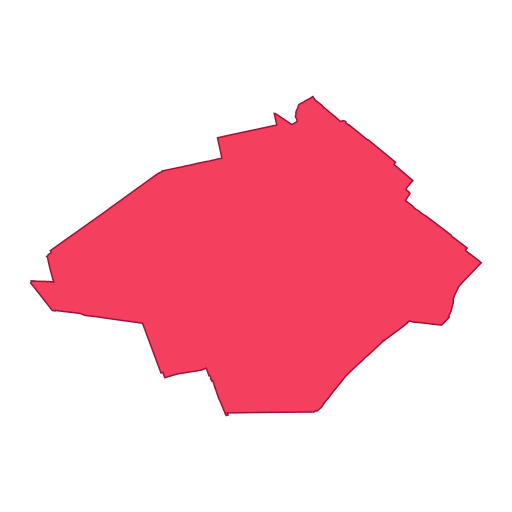 outline of Zoetermeer, Zuid-Holland, Netherlands
{"feature_id": "6326949B3936656159813", "entity_name": "Zoetermeer", "entity_type": "district", "adm_level": 2, "iso_a3": "NLD", "parent_name": "Netherlands", "parent_adm1": "Zuid-Holland", "projection": "orthographic", "projection_center": [4.49, 52.062], "detail": "fine", "context": "isolated", "style": "filled", "palette": "rose", "viewbox_px": 512, "rotation_deg": 0, "n_neighbors": 0, "source": "geoboundaries", "source_scale": "gbopen_adm2", "svg_char_len": 5759}
<svg xmlns="http://www.w3.org/2000/svg" viewBox="0 0 512 512"><path d="M395.5,162.3L390.7,158.3L384.7,153.3L379.9,149.4L371.0,142.1L369.9,141.2L368.7,140.2L368.2,139.8L367.7,139.8L366.0,138.7L364.3,137.3L359.3,133.2L358.5,132.5L351.0,126.5L349.2,125.1L349.0,124.9L348.9,125.0L348.7,125.1L345.8,122.8L345.9,121.9L345.3,121.4L343.9,120.7L343.6,120.7L343.1,120.9L342.7,120.8L340.3,121.4L337.8,119.1L335.1,116.7L334.3,116.1L330.8,113.3L328.0,110.8L326.2,109.4L325.6,108.8L325.3,108.6L324.6,108.1L324.2,107.9L324.0,107.7L323.3,107.1L322.9,106.5L322.4,105.9L322.1,105.6L322.0,105.4L321.8,105.3L320.9,104.5L318.5,102.6L317.6,101.9L316.1,100.8L315.7,100.5L315.2,100.0L314.7,99.4L314.5,99.2L314.3,98.8L313.4,97.4L312.9,96.5L310.0,98.4L309.8,98.5L309.5,98.7L309.0,99.0L308.1,99.4L307.5,99.7L306.5,100.2L306.0,100.4L305.5,100.7L304.6,101.3L304.1,101.7L303.4,102.2L303.0,102.4L302.8,102.5L302.0,102.9L301.6,103.0L301.2,103.2L300.8,103.4L300.5,103.6L300.1,103.8L298.9,104.7L298.8,104.8L298.7,104.9L298.6,105.1L298.4,105.6L298.2,106.3L298.0,107.2L297.9,107.5L297.9,107.9L297.8,108.1L297.6,108.5L296.8,109.8L296.7,110.0L296.6,110.3L296.3,110.9L296.1,111.5L296.1,111.8L296.0,112.1L295.9,112.9L295.9,113.2L295.9,114.0L295.9,114.3L295.9,114.6L295.8,114.9L295.6,115.5L295.4,116.3L295.4,116.5L295.5,116.9L295.6,117.1L296.1,118.0L296.4,118.5L297.0,119.7L297.0,119.8L297.1,120.0L297.1,120.4L297.0,120.6L296.8,121.4L296.8,121.6L296.6,121.7L296.5,121.9L296.4,122.0L296.2,122.1L294.5,123.1L291.9,124.6L284.2,119.4L283.6,119.0L283.2,118.7L279.8,116.5L276.3,114.2L275.9,113.9L275.2,113.5L275.0,113.4L274.7,113.4L274.2,113.4L274.3,113.7L276.8,125.0L253.1,130.1L232.8,134.4L217.5,137.8L218.0,140.1L220.3,150.5L220.8,153.2L221.9,158.2L220.9,158.4L219.3,158.7L218.5,158.9L217.3,159.1L216.9,159.2L215.6,159.6L215.1,159.7L214.2,160.0L213.9,160.0L213.5,160.1L213.1,160.2L212.2,160.3L211.0,160.6L209.8,161.0L208.8,161.2L208.5,161.3L208.2,161.3L207.1,161.4L206.8,161.4L205.5,161.7L204.9,161.8L204.3,162.0L203.5,162.1L203.3,162.1L202.8,162.3L201.9,162.5L200.9,162.7L199.6,162.9L197.9,163.3L197.4,163.3L196.0,163.7L195.3,163.9L194.8,164.0L193.4,164.3L191.3,164.8L190.8,164.9L190.4,165.0L189.9,165.2L189.6,165.2L188.1,165.5L186.4,165.8L182.9,166.6L179.7,167.4L178.7,167.5L177.7,167.8L177.3,167.8L177.0,167.9L175.8,168.1L173.3,168.7L172.8,168.8L171.6,169.0L162.1,171.0L162.2,171.7L160.8,172.2L158.0,173.5L148.8,180.1L125.2,197.1L116.4,203.5L112.2,206.5L109.3,208.6L108.6,209.2L104.6,212.1L103.5,212.9L102.5,213.6L92.8,220.5L87.7,224.1L85.0,226.0L83.5,227.1L73.9,233.9L65.1,240.1L50.3,250.7L51.0,251.9L51.2,252.8L48.3,254.5L48.2,254.8L48.1,255.0L48.0,255.3L47.9,255.5L47.7,255.8L47.5,256.0L47.3,256.2L47.1,256.3L46.8,256.4L46.9,256.5L47.1,256.7L47.1,256.8L47.5,257.6L48.4,261.6L49.2,265.3L49.9,268.3L52.4,277.4L53.2,280.3L53.7,282.1L53.2,282.0L50.3,281.7L48.0,281.4L47.8,281.5L47.4,281.9L46.3,281.4L33.1,281.2L33.5,280.9L31.2,280.8L31.2,282.7L30.7,283.0L41.7,296.9L44.7,300.8L52.3,310.5L55.3,310.9L55.4,310.5L58.7,310.9L58.8,310.8L62.3,311.3L62.6,311.0L62.8,311.1L63.3,311.5L64.7,311.6L66.5,311.8L67.5,311.9L70.8,312.3L71.7,312.4L74.0,312.7L80.4,313.5L84.1,315.1L84.8,315.3L85.6,315.5L95.7,316.6L102.9,317.7L116.9,319.7L142.5,323.2L161.0,373.0L162.8,372.3L164.8,377.7L177.7,373.9L200.9,370.2L206.3,368.2L209.0,375.8L210.1,375.6L210.5,376.9L211.0,378.5L211.0,378.9L210.7,379.0L211.0,379.6L211.4,379.5L211.8,380.6L211.9,381.1L212.8,380.8L213.5,382.8L213.6,383.3L213.8,383.7L213.9,384.1L215.0,387.8L215.1,387.7L215.6,389.3L215.9,390.0L216.2,391.0L216.6,392.4L217.6,395.1L218.2,396.8L218.4,397.5L220.3,401.7L220.7,402.6L221.4,404.2L222.4,406.7L222.9,407.8L223.7,410.1L224.4,411.4L225.4,413.4L225.1,413.6L226.2,415.5L228.2,414.9L227.3,412.9L245.3,412.7L250.7,412.6L267.6,412.4L288.7,412.2L313.7,412.0L313.8,412.1L316.0,410.5L317.0,411.1L317.6,410.5L320.8,407.9L321.0,407.8L321.2,407.5L321.4,407.3L321.5,407.2L322.7,405.4L324.1,403.3L325.3,401.7L325.8,401.1L326.0,400.7L326.4,400.4L327.3,399.3L328.1,398.5L328.6,397.9L329.3,396.9L333.5,391.3L334.3,390.3L335.7,388.6L337.3,386.7L338.4,385.3L341.1,382.0L342.1,380.8L342.9,379.7L344.8,377.3L345.1,376.9L346.0,375.9L346.5,375.4L347.2,374.7L353.8,368.3L356.4,365.8L360.4,362.3L361.9,361.0L362.6,360.4L362.9,360.1L363.4,359.5L364.2,358.6L364.7,358.0L365.4,357.4L369.8,353.7L370.4,353.1L370.6,352.9L374.5,349.3L382.0,342.2L383.0,341.3L383.3,341.0L383.4,340.8L383.9,340.7L383.6,340.4L384.2,340.5L386.6,338.6L388.4,337.3L389.5,336.5L391.1,335.3L393.1,333.8L394.8,332.6L403.4,326.2L405.7,324.3L407.7,322.7L407.8,322.5L407.5,322.2L408.0,321.8L408.5,321.4L408.8,321.3L408.9,321.2L409.2,321.1L409.5,321.1L409.9,321.1L410.1,321.2L410.6,321.3L412.9,321.9L413.3,322.0L413.7,322.1L416.1,322.3L417.0,322.4L419.1,322.6L421.2,322.8L422.9,322.9L423.6,323.0L424.0,323.1L424.6,323.2L426.2,323.3L428.5,323.5L430.7,324.0L433.9,324.3L439.0,324.8L441.2,325.0L441.5,325.0L442.0,324.8L442.1,324.7L442.3,324.6L446.9,319.7L449.3,317.2L448.5,316.6L450.9,311.6L451.1,310.9L452.2,306.4L453.2,302.7L453.3,302.1L453.3,299.5L453.4,298.6L453.5,298.2L453.6,297.8L454.1,296.6L454.4,295.8L455.8,292.7L458.7,286.7L458.8,286.5L462.4,282.4L468.2,276.4L476.4,267.8L481.3,262.8L479.8,261.7L479.7,261.3L465.7,250.7L465.5,250.1L467.1,248.0L452.8,237.1L451.6,236.2L451.2,235.2L435.8,223.4L434.6,222.5L434.3,222.2L433.1,221.4L430.7,219.6L427.7,217.4L426.3,216.3L426.0,216.1L424.9,215.4L423.2,214.4L422.9,214.2L421.2,213.0L421.0,212.8L420.8,212.7L420.6,212.6L420.4,212.4L419.4,211.4L419.1,211.2L416.7,209.8L416.2,209.5L415.5,209.0L415.1,208.7L414.4,208.1L413.8,207.5L413.6,207.3L413.3,207.0L413.1,206.7L412.6,206.1L412.3,205.8L408.9,203.2L405.4,200.6L410.0,193.3L408.9,192.6L409.2,192.2L406.0,189.5L407.0,187.4L412.8,180.6L394.0,164.4L395.5,162.3Z" fill="#f43f5e" stroke="#9f1239" stroke-width="1.5"/></svg>